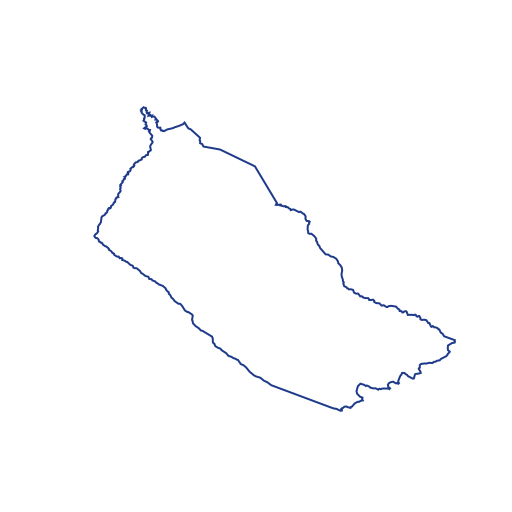 Correntina, Bahia, Brazil, rotated 240°
{"feature_id": "56859067B33556006253925", "entity_name": "Correntina", "entity_type": "district", "adm_level": 2, "iso_a3": "BRA", "parent_name": "Brazil", "parent_adm1": "Bahia", "projection": "equal_earth", "projection_center": [-45.351, -13.5], "detail": "fine", "context": "isolated", "style": "outline", "palette": "blue", "viewbox_px": 512, "rotation_deg": 240, "n_neighbors": 0, "source": "geoboundaries", "source_scale": "gbopen_adm2", "svg_char_len": 6066}
<svg xmlns="http://www.w3.org/2000/svg" viewBox="0 0 512 512"><g transform="rotate(240 256 256)"><path d="M436.3,234.2L436.8,233.6L437.5,233.6L438.8,234.5L439.5,234.6L440.2,233.4L441.0,233.0L440.4,230.0L439.7,230.3L439.2,229.7L439.1,228.9L438.0,229.1L437.3,228.6L434.7,229.2L433.5,230.0L431.5,228.8L431.1,227.8L430.5,227.8L429.4,226.2L426.5,227.6L425.1,226.1L423.7,226.6L422.9,226.3L422.6,225.5L422.8,224.0L422.5,222.9L421.5,223.6L421.0,225.2L420.4,225.8L418.7,226.3L418.1,227.2L417.4,226.5L417.4,225.6L415.5,225.6L412.1,226.3L410.5,225.2L410.5,224.1L410.0,223.3L406.9,223.6L406.1,223.3L404.9,220.5L403.7,219.0L400.4,218.0L400.0,217.3L400.2,216.2L399.7,215.3L400.0,214.4L397.6,213.0L398.3,211.1L397.5,209.2L397.8,208.7L398.1,206.7L397.6,205.8L396.8,205.3L396.8,203.9L397.3,201.8L396.7,201.2L396.7,199.9L397.2,198.7L396.6,196.5L396.0,195.7L395.2,195.9L394.7,195.0L394.4,194.1L394.9,193.6L394.4,190.9L393.7,190.9L392.5,189.5L392.8,186.9L392.2,186.5L391.6,186.9L390.6,186.1L391.2,184.7L390.4,183.4L390.3,181.8L389.7,182.2L388.4,181.0L388.7,180.0L387.6,178.8L387.6,177.7L386.6,177.5L385.4,174.1L384.6,174.3L384.3,173.2L382.8,173.0L382.0,171.8L380.1,171.3L379.7,170.9L378.6,167.6L377.2,166.9L376.7,166.1L375.9,166.2L376.3,164.2L375.7,163.8L375.6,163.0L375.0,162.2L373.3,161.1L373.4,159.6L372.8,159.2L371.9,157.3L371.8,155.6L370.4,154.4L370.2,153.3L370.8,153.2L371.1,152.5L370.4,151.1L369.7,150.5L369.5,149.7L368.7,149.3L368.1,148.2L368.2,147.0L367.5,146.4L367.2,145.0L367.3,142.8L366.7,141.5L363.2,138.9L361.8,137.1L361.7,136.2L360.3,133.7L359.0,133.2L357.0,131.6L356.2,131.6L355.3,130.0L355.0,127.4L354.0,125.9L352.4,126.0L351.5,126.5L350.9,127.4L349.1,127.9L347.1,127.3L345.9,128.3L345.2,128.2L344.0,129.3L342.4,129.1L339.7,130.4L339.3,131.0L337.1,131.9L335.8,132.2L335.1,131.7L332.3,133.1L330.3,133.2L329.7,133.9L328.9,134.2L328.4,133.8L327.7,133.9L325.0,135.3L324.1,136.8L322.3,136.8L321.7,138.3L320.7,139.0L319.6,138.1L317.5,140.0L315.8,140.7L315.3,141.5L311.2,142.7L309.4,144.2L308.6,144.4L307.3,144.0L306.1,144.9L305.0,146.6L301.1,148.0L298.5,148.1L297.4,148.9L293.9,150.3L291.8,152.4L289.4,152.1L288.2,153.9L286.6,154.1L284.5,155.9L282.6,156.3L281.6,157.1L280.0,157.6L276.8,160.3L273.0,161.6L272.2,161.3L269.8,161.6L268.3,162.3L266.8,161.6L265.1,162.2L262.0,162.0L260.5,162.7L257.6,163.0L253.5,164.9L252.4,166.5L249.5,167.1L244.4,167.2L241.7,168.6L241.3,169.4L237.4,171.3L236.2,171.5L235.6,171.1L232.6,168.6L231.8,168.7L229.3,167.8L225.6,168.6L221.9,170.4L219.1,171.0L218.0,172.2L208.2,177.6L206.2,177.3L202.8,175.5L201.7,175.5L201.0,176.1L198.3,175.7L195.8,177.0L193.6,178.8L191.5,179.2L186.7,181.6L183.2,182.2L181.1,184.2L178.5,185.6L177.4,186.8L176.0,187.4L175.1,188.4L170.0,188.8L167.6,190.6L164.6,191.7L159.0,192.6L153.8,194.5L151.7,195.8L148.4,198.9L144.1,200.5L140.8,202.8L136.5,204.6L86.8,245.6L84.4,247.8L83.8,248.9L79.7,251.8L79.2,253.1L79.7,253.5L80.9,253.3L81.2,254.3L80.9,255.0L81.3,257.2L80.4,259.2L79.6,259.5L77.2,261.9L77.8,262.6L77.6,263.9L79.0,267.8L78.9,271.0L78.1,272.7L78.3,274.1L77.5,276.3L79.1,276.4L80.1,277.4L82.0,275.8L86.2,274.7L88.6,275.4L92.3,279.1L93.2,282.6L90.3,285.3L88.5,286.1L88.4,287.2L87.9,287.7L85.7,289.1L84.9,289.1L83.1,290.9L81.6,293.4L79.1,295.1L79.4,295.9L79.2,296.7L78.3,297.4L78.1,298.9L77.6,300.0L74.7,304.8L74.1,305.0L74.4,305.9L76.4,305.1L78.5,305.8L79.4,307.5L79.4,309.5L78.6,311.9L75.7,313.5L75.6,314.4L74.2,315.3L74.4,316.2L75.9,316.2L76.7,316.8L79.3,320.0L80.4,321.7L80.5,322.6L81.7,324.0L80.5,326.1L78.9,326.5L77.5,327.4L75.9,327.6L71.5,330.4L71.0,331.5L74.0,334.5L73.9,335.7L73.1,337.3L72.3,340.1L73.6,340.6L77.0,340.5L77.4,341.1L77.4,342.0L79.6,343.3L80.0,344.9L78.4,348.8L77.8,349.4L76.9,352.6L75.1,355.2L75.4,357.2L74.7,358.5L74.8,360.4L73.8,362.9L74.4,364.6L74.1,370.4L74.5,372.2L75.2,372.8L75.9,375.5L76.4,376.0L78.3,375.2L79.8,375.7L82.5,377.5L82.6,382.2L81.7,384.7L82.2,385.4L82.9,385.4L83.7,386.1L92.4,378.8L95.5,378.7L97.2,377.7L100.8,378.0L101.3,377.3L102.8,377.1L104.5,375.8L105.1,374.7L106.9,374.1L106.8,372.7L107.4,372.3L111.3,372.6L111.7,371.7L115.3,371.4L116.8,369.7L117.6,367.8L118.2,367.2L119.2,366.8L120.1,367.4L122.3,367.4L122.8,366.7L122.6,365.7L123.4,364.9L125.2,364.9L125.7,364.4L125.8,363.2L127.0,361.8L129.1,358.0L132.4,358.6L133.2,358.3L133.8,356.9L133.6,355.2L134.0,354.5L135.5,354.4L136.5,352.9L137.9,353.4L139.4,352.5L142.1,352.0L145.1,348.4L146.2,346.0L146.1,344.3L146.7,343.4L149.5,342.0L150.2,340.0L153.3,339.2L155.1,336.6L156.6,335.7L157.3,335.4L158.1,336.0L159.6,335.6L160.8,332.7L161.4,332.0L162.3,332.3L163.4,332.1L165.1,329.3L166.9,327.8L167.5,327.9L168.4,327.3L168.9,326.1L172.3,325.7L173.6,323.6L175.3,322.6L178.0,323.1L179.2,322.2L180.8,319.7L181.5,319.7L182.5,318.8L183.7,318.7L185.8,317.3L188.6,317.9L189.1,318.7L189.7,318.9L190.5,318.6L192.2,319.4L195.3,320.0L197.4,320.9L200.5,323.5L203.2,324.5L206.1,324.4L208.6,323.6L210.4,324.3L213.5,324.1L216.4,322.6L218.4,320.4L220.9,319.4L222.7,317.1L231.0,315.5L233.3,315.9L234.3,315.4L236.0,315.4L237.6,316.0L239.3,315.7L240.8,316.8L243.8,316.5L247.6,315.1L248.4,313.4L249.9,312.7L251.5,313.6L253.1,313.9L256.6,316.2L257.2,318.1L258.2,318.5L258.8,319.6L259.5,319.5L261.1,317.4L261.8,317.3L263.7,317.5L265.5,318.8L268.3,318.6L269.6,317.7L272.1,316.8L272.5,315.2L277.1,312.2L277.8,311.4L278.4,309.0L279.5,309.3L280.8,308.3L282.4,307.9L283.4,306.4L283.9,306.8L284.6,306.3L285.2,304.8L286.6,303.4L288.2,303.2L288.5,302.5L287.9,302.1L290.0,300.3L289.7,299.7L290.4,298.8L291.5,300.6L334.2,299.9L366.2,278.1L377.1,265.2L379.8,265.4L381.6,264.0L383.7,265.2L384.6,265.1L386.2,266.6L386.9,266.5L398.3,262.8L400.4,261.2L407.3,260.8L406.6,258.8L407.3,253.7L408.1,250.1L408.3,247.9L410.0,242.3L410.1,238.8L411.0,237.7L411.6,237.7L412.1,236.6L413.2,236.5L415.0,237.3L416.1,235.4L417.3,235.0L420.6,236.5L421.6,236.4L421.8,237.3L421.4,238.0L421.7,238.6L423.7,238.2L424.4,237.2L425.0,238.1L427.6,237.7L428.5,236.2L428.5,235.3L429.2,235.4L429.7,236.1L430.2,234.7L430.9,234.9L431.2,233.0L431.6,233.4L431.7,234.2L433.1,233.7L432.9,234.7L433.4,235.3L434.1,233.0L435.1,233.1L436.3,234.2Z" fill="none" stroke="#1e3a8a" stroke-width="2"/></g></svg>